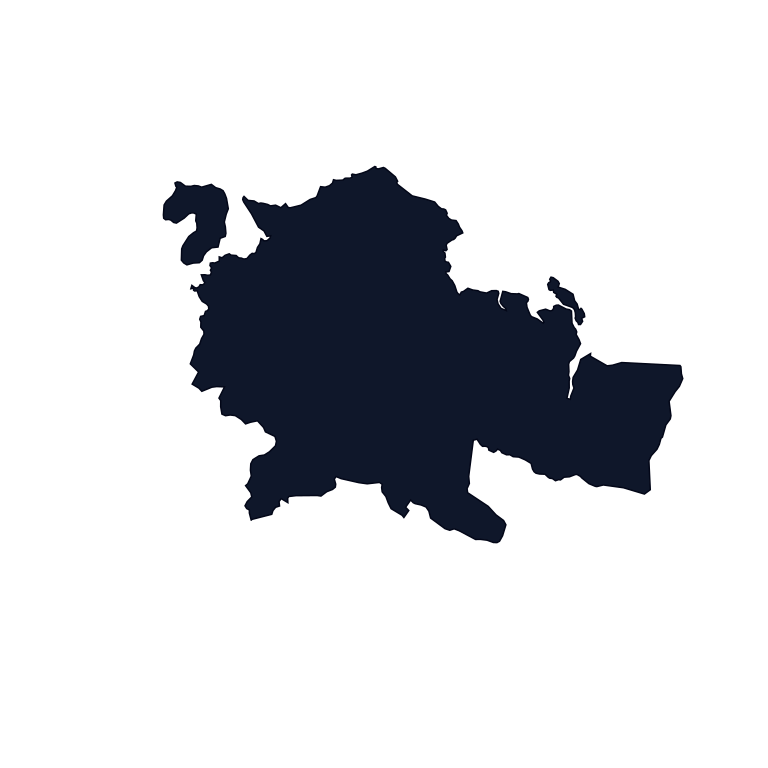 outline of Beluran, Sabah, Malaysia, rotated 301°
{"feature_id": "92858781B11747054778186", "entity_name": "Beluran", "entity_type": "district", "adm_level": 2, "iso_a3": "MYS", "parent_name": "Malaysia", "parent_adm1": "Sabah", "projection": "natural_earth1", "projection_center": [117.451, 6.209], "detail": "fine", "context": "isolated", "style": "filled", "palette": "ink", "viewbox_px": 768, "rotation_deg": 301, "n_neighbors": 0, "source": "geoboundaries", "source_scale": "gbopen_adm2", "svg_char_len": 6173}
<svg xmlns="http://www.w3.org/2000/svg" viewBox="0 0 768 768"><g transform="rotate(301 384 384)"><path d="M279.8,469.8L288.3,470.4L289.5,466.0L298.3,466.6L297.3,470.2L297.5,472.4L299.4,478.1L300.2,483.4L298.1,488.0L293.1,493.0L291.4,510.8L292.5,515.7L296.0,518.7L296.9,523.8L297.9,542.5L300.5,546.7L303.2,552.8L304.5,559.4L306.2,562.5L308.7,564.0L315.0,563.8L326.1,561.0L328.6,556.8L329.5,547.5L332.8,536.3L333.9,511.7L337.1,509.1L342.7,508.4L348.4,504.2L381.8,489.5L384.6,492.2L381.9,497.7L381.3,500.5L382.8,502.9L383.4,504.9L383.1,506.3L381.3,508.0L381.9,513.2L384.3,514.5L386.7,514.9L387.0,518.0L385.8,520.4L386.4,525.5L388.2,528.3L388.2,532.1L390.8,537.2L391.7,544.1L391.7,551.0L387.6,555.1L386.1,557.8L385.8,560.2L386.9,563.6L389.6,568.5L388.6,572.9L388.6,574.6L389.7,577.0L389.4,580.8L391.9,582.9L392.7,584.7L396.9,586.4L400.0,590.8L404.9,594.6L405.9,596.0L406.0,600.0L405.4,601.7L404.1,611.0L405.1,617.8L405.7,619.3L410.4,624.0L418.4,642.7L423.8,663.9L430.5,666.7L454.8,650.5L460.3,650.0L468.7,651.6L474.0,651.1L480.0,649.4L481.9,650.0L494.1,646.7L501.5,647.4L504.6,646.3L516.0,637.3L527.3,637.5L534.1,638.4L542.5,637.3L545.9,633.7L551.7,629.6L552.3,628.2L524.8,576.7L517.8,570.2L514.5,565.9L514.1,546.6L516.5,545.4L506.4,540.0L495.7,542.7L487.1,542.7L483.2,544.4L480.8,546.1L478.4,548.9L469.8,550.3L466.8,551.6L465.9,548.2L476.0,544.8L481.7,541.3L484.4,540.3L486.5,537.6L489.8,536.2L496.0,532.1L498.7,531.4L503.8,533.1L506.4,533.1L511.2,532.1L519.8,531.7L522.5,528.3L525.5,523.1L527.9,522.4L529.7,520.0L530.3,518.0L532.9,513.9L543.1,507.1L543.3,504.7L542.1,501.6L541.5,492.8L540.2,491.0L537.9,489.5L536.4,490.4L533.9,490.4L532.2,488.8L531.4,484.0L526.7,479.4L524.4,478.5L520.8,487.1L519.4,489.3L518.1,489.1L518.7,481.8L517.7,475.7L518.5,473.7L523.4,467.1L527.0,464.2L529.1,464.7L531.0,464.2L532.2,462.7L531.0,453.0L529.9,451.9L526.9,446.4L525.7,440.7L524.6,438.1L514.8,440.9L513.3,442.7L512.0,446.2L511.4,449.5L509.9,451.0L509.1,445.3L511.4,440.5L514.6,437.4L520.8,435.7L522.3,434.1L521.9,432.1L519.4,428.2L514.8,425.1L512.4,418.7L512.4,416.5L510.3,411.7L509.3,406.6L504.2,404.4L502.6,402.9L499.4,403.1L499.6,400.9L500.3,399.2L504.9,393.9L507.6,389.3L508.2,386.4L510.3,382.3L510.5,380.5L511.8,379.2L513.9,381.8L519.2,380.7L521.5,376.5L520.7,374.6L520.9,372.8L523.0,371.3L524.4,371.3L527.6,368.8L528.2,366.2L529.5,365.8L530.1,368.4L531.8,368.8L535.0,365.8L537.1,365.6L542.3,368.0L543.8,369.3L545.7,369.9L548.4,369.9L554.1,373.7L555.4,372.1L557.3,368.0L559.4,365.3L561.2,361.6L559.3,357.4L559.3,354.3L560.8,350.6L562.9,350.2L565.0,347.1L564.8,345.1L563.8,343.1L564.2,339.0L566.1,333.7L563.8,324.2L559.8,311.3L562.1,292.6L563.2,291.1L564.8,291.3L567.4,287.1L569.5,273.9L569.3,272.0L565.5,268.4L564.6,266.2L565.9,265.2L565.7,264.1L557.9,260.1L553.5,256.6L548.9,252.2L547.6,248.7L546.5,248.5L544.8,250.2L543.0,248.9L540.4,244.7L537.5,243.6L533.9,238.1L533.1,235.5L529.7,236.4L525.9,235.1L522.4,232.2L520.5,228.0L510.8,229.8L508.7,229.6L504.1,225.6L494.6,220.8L489.1,215.3L486.6,212.7L486.0,210.9L487.9,206.7L482.0,204.8L481.5,199.0L478.2,194.9L478.0,191.8L476.7,187.6L475.7,185.2L474.0,183.4L474.0,178.4L471.4,172.9L472.7,167.4L471.2,167.2L469.3,167.9L467.7,170.1L461.6,182.8L453.8,195.7L453.4,202.3L450.2,207.6L452.7,210.5L450.4,211.1L446.8,210.0L446.0,209.1L444.9,207.4L445.4,205.4L445.3,203.7L440.3,205.4L435.9,205.2L430.8,206.5L428.9,205.6L428.1,203.7L425.4,202.6L420.9,201.9L418.9,199.5L418.4,196.6L417.6,195.3L417.4,193.8L418.0,191.1L415.7,186.5L415.9,184.3L412.5,181.5L408.8,180.2L408.1,177.3L404.5,179.5L400.5,176.6L399.7,174.7L398.2,172.9L395.9,173.8L394.7,176.4L392.1,176.6L391.1,178.4L388.1,179.1L386.4,176.9L385.4,174.2L383.5,171.2L379.5,176.0L378.9,178.0L377.0,178.2L375.5,177.3L374.5,175.3L371.9,175.3L369.8,174.0L369.2,172.3L369.6,168.5L366.2,169.4L368.1,171.4L366.3,172.5L366.2,173.8L367.7,175.8L363.7,180.6L361.2,185.6L361.2,190.7L360.4,193.3L358.3,195.1L355.9,194.9L354.3,193.6L350.0,194.6L347.5,192.0L344.6,192.7L342.9,195.1L338.3,197.7L336.6,202.3L333.9,204.1L328.9,204.2L323.3,205.5L317.9,204.2L314.6,204.5L311.0,205.9L301.5,207.6L298.8,218.9L285.1,219.6L285.1,227.5L283.9,231.6L292.6,238.1L295.6,241.9L299.4,248.8L286.9,249.8L285.7,252.6L280.4,255.7L274.7,260.6L275.2,264.5L278.2,268.1L280.3,272.8L280.1,280.0L278.5,285.9L282.4,289.2L287.3,294.5L284.7,303.2L281.9,307.0L282.9,317.5L279.5,321.3L275.1,322.8L266.9,320.7L261.5,318.0L258.1,313.9L251.7,310.6L247.0,310.9L241.3,313.9L236.7,317.7L228.2,318.6L225.6,317.7L222.2,325.8L219.1,328.8L212.7,327.3L208.0,327.6L206.5,330.5L206.7,332.9L206.2,333.8L204.1,335.0L198.5,340.7L199.5,340.1L214.5,354.9L218.3,354.0L222.5,354.6L225.6,357.3L229.2,354.6L232.8,354.9L232.8,362.7L236.4,360.3L238.5,360.3L242.9,366.0L254.0,384.1L255.5,387.7L262.2,390.4L267.1,394.2L270.5,395.4L273.3,394.2L276.9,390.4L280.0,390.6L280.8,396.0L286.5,413.3L289.8,421.0L297.3,430.8L297.1,434.1L294.0,435.3L290.6,438.0L288.5,443.6L284.4,448.7L280.8,454.3L280.8,467.1L279.8,469.8ZM451.9,105.7L450.7,102.6L448.6,101.3L446.3,103.7L446.0,105.0L442.4,105.7L436.4,105.7L428.7,103.3L424.2,103.3L415.3,107.8L412.6,109.8L412.3,112.2L414.1,114.6L414.7,116.7L414.1,120.5L415.0,123.2L423.3,127.3L429.3,129.0L431.7,131.1L432.6,132.8L432.9,135.6L426.9,138.6L425.4,140.7L421.5,143.4L418.6,144.5L415.6,142.8L409.9,140.7L398.9,140.4L395.6,141.0L385.8,146.5L384.6,150.0L384.6,153.7L389.4,158.2L392.9,163.3L396.5,164.4L401.0,163.3L405.8,163.7L412.0,166.1L415.9,171.2L424.5,168.5L428.7,171.9L431.7,170.9L437.0,167.1L440.6,163.7L448.3,161.3L454.0,160.3L462.0,153.4L465.0,149.6L466.8,146.5L466.8,143.1L465.6,138.6L466.2,133.2L458.8,126.3L458.2,122.9L456.4,119.1L454.0,116.7L451.3,111.9L451.9,105.7ZM561.6,472.1L559.1,472.1L558.1,473.7L557.2,473.9L555.6,473.0L553.7,473.0L549.9,476.8L549.9,478.3L551.8,480.7L549.9,482.3L549.9,486.0L547.8,486.2L547.3,487.5L547.6,489.3L544.8,496.8L546.7,506.2L545.9,508.9L543.6,511.3L540.4,513.5L538.9,513.9L537.2,516.1L536.6,518.5L535.2,520.1L536.2,521.8L540.0,522.0L542.1,519.6L545.0,521.4L547.5,519.4L550.1,515.0L550.3,513.9L548.8,513.7L548.2,512.4L552.0,508.4L553.6,504.5L558.3,499.8L558.5,490.6L556.8,483.4L560.4,482.5L561.7,480.3L562.3,474.3L561.6,472.1Z" fill="#0f172a" stroke="#020617" stroke-width="1.5"/></g></svg>